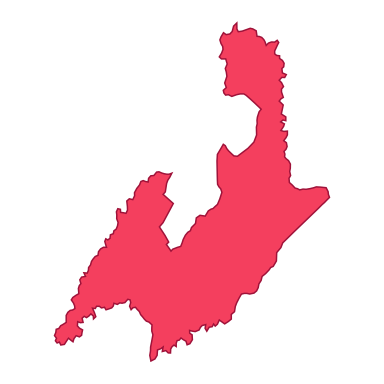 Marialva, Paraná, Brazil
{"feature_id": "56859067B62732144056511", "entity_name": "Marialva", "entity_type": "district", "adm_level": 2, "iso_a3": "BRA", "parent_name": "Brazil", "parent_adm1": "Paraná", "projection": "natural_earth1", "projection_center": [-51.888, -23.498], "detail": "fine", "context": "isolated", "style": "filled", "palette": "rose", "viewbox_px": 384, "rotation_deg": 0, "n_neighbors": 0, "source": "geoboundaries", "source_scale": "gbopen_adm2", "svg_char_len": 4755}
<svg xmlns="http://www.w3.org/2000/svg" viewBox="0 0 384 384"><path d="M223.5,32.7L221.0,36.9L219.9,39.9L221.0,43.5L222.7,46.5L223.0,49.4L221.6,53.1L219.3,56.9L221.4,58.9L225.7,58.9L227.2,64.0L225.3,68.5L226.3,72.1L226.9,76.3L224.7,83.0L226.3,87.6L223.3,90.3L223.9,93.0L225.6,95.1L228.4,94.7L231.8,96.4L236.6,94.7L240.2,93.9L243.8,93.9L246.0,95.2L249.9,98.6L254.8,103.1L261.2,109.2L259.1,111.8L257.4,117.1L257.0,120.2L257.2,123.8L256.4,127.1L256.6,135.0L255.5,137.9L253.9,142.1L248.0,148.3L237.4,156.3L233.9,155.9L231.6,153.8L228.5,150.8L226.7,148.5L225.3,145.7L223.3,144.3L220.9,148.5L219.0,151.7L217.4,154.4L217.0,160.9L217.3,176.2L217.4,180.3L217.6,184.4L219.0,186.9L220.7,188.8L221.9,192.3L219.8,198.9L217.5,204.4L214.8,206.8L213.1,208.5L210.9,209.2L208.3,210.9L205.2,216.1L200.0,215.3L196.3,217.9L195.5,223.5L191.5,227.5L190.4,230.7L187.8,232.3L185.4,235.2L183.2,239.5L182.1,243.0L180.7,246.4L177.3,247.4L172.7,249.2L171.0,251.1L168.8,247.8L166.4,244.5L168.7,242.1L164.9,235.3L159.4,226.9L163.0,222.7L173.3,203.5L163.1,194.4L165.3,191.9L165.8,188.7L166.6,183.5L167.8,180.2L169.8,177.2L171.8,173.2L169.1,174.2L166.8,174.2L164.4,173.8L161.7,173.0L159.0,171.8L156.6,172.1L153.9,175.5L150.8,175.8L148.6,178.3L148.1,182.0L145.5,181.5L143.2,180.6L140.9,181.5L139.5,185.0L136.8,188.4L134.5,192.7L134.6,195.8L132.8,199.6L129.3,198.8L126.8,201.0L127.4,206.5L127.5,210.1L126.0,213.3L123.1,212.7L120.6,212.4L120.4,209.3L117.8,208.7L116.4,211.8L116.8,214.9L116.7,218.7L118.1,222.5L117.5,225.9L116.2,229.1L113.9,230.8L113.3,233.7L110.4,234.8L110.0,238.3L107.8,239.9L105.8,238.8L104.8,241.4L105.5,244.0L106.5,247.3L103.4,247.3L100.6,248.9L98.5,251.7L98.0,255.3L95.2,256.5L93.1,259.0L91.5,261.4L90.5,265.0L88.6,267.5L88.4,270.4L87.2,273.1L83.9,272.8L85.5,276.4L81.6,277.1L79.8,279.8L80.9,283.6L79.3,285.6L78.4,288.4L78.8,293.7L75.8,295.4L72.8,297.5L71.3,299.9L73.4,302.9L74.6,305.8L74.9,308.6L72.6,310.0L70.2,310.4L67.9,312.3L66.2,315.4L66.2,319.4L66.2,322.4L62.9,324.5L60.7,325.7L58.8,328.5L56.2,329.3L55.8,332.5L54.5,335.6L56.5,338.2L55.4,340.8L57.1,343.0L59.4,342.1L60.8,345.0L64.4,344.4L66.7,340.8L68.5,338.2L71.1,340.4L73.0,341.8L74.0,338.6L76.2,335.7L79.4,336.9L81.6,335.3L82.0,332.5L82.6,329.9L79.4,328.1L77.4,325.9L77.7,321.7L80.4,322.7L83.1,322.4L82.1,318.2L84.2,316.3L86.5,317.6L88.8,316.1L90.9,313.9L93.3,316.0L93.5,318.9L95.8,316.7L94.4,312.6L92.5,308.2L95.3,308.5L96.5,306.3L99.4,306.3L101.4,307.9L104.5,307.3L106.0,309.8L108.5,309.0L111.7,307.9L113.3,306.0L113.9,303.3L117.4,304.4L119.7,302.9L122.1,303.2L124.9,302.6L127.8,299.3L130.1,299.9L130.7,302.7L129.6,306.2L131.1,309.7L133.0,307.7L135.5,307.3L137.1,309.3L139.3,311.5L140.7,314.7L142.7,317.0L144.4,319.2L146.3,321.1L149.0,322.1L152.0,324.9L151.8,328.0L151.8,331.1L152.9,334.8L151.7,341.4L150.6,347.0L150.5,350.9L149.8,355.4L150.9,361.0L154.9,359.0L157.1,355.4L157.5,349.9L160.7,348.8L163.1,347.0L162.3,351.5L165.9,350.6L168.2,352.9L170.5,353.0L170.7,349.0L172.1,346.6L174.0,345.1L176.2,346.5L176.2,343.2L177.1,340.6L179.3,340.1L181.0,338.0L183.5,339.8L186.0,341.2L187.1,344.8L189.9,343.7L192.4,339.7L192.1,334.8L189.7,333.2L189.6,330.4L192.0,331.1L195.2,331.6L199.1,330.0L200.4,327.4L202.2,325.5L205.7,324.6L205.1,328.3L206.8,331.2L209.2,327.2L212.2,326.7L213.6,324.0L215.2,326.1L217.4,324.2L219.3,320.0L221.9,321.9L224.7,323.9L228.4,321.5L231.3,319.1L231.3,314.4L234.5,311.7L235.3,306.5L236.7,302.8L239.3,297.7L241.4,294.1L244.3,293.4L246.9,293.4L249.7,294.0L254.0,293.1L256.6,290.9L258.2,287.7L258.9,283.9L261.1,280.5L262.1,276.4L265.6,273.6L269.0,270.0L270.7,267.5L273.2,266.4L276.4,261.0L276.7,252.6L280.9,247.6L282.7,242.9L294.1,231.7L318.1,208.6L322.1,204.6L324.5,202.5L326.5,200.4L329.5,197.4L328.4,194.4L328.1,191.6L326.1,187.7L320.2,187.1L316.2,186.9L313.6,187.8L309.7,188.7L306.1,189.3L303.0,189.1L299.7,189.9L297.5,188.7L295.1,188.1L292.2,185.0L289.4,182.5L289.0,178.3L290.6,175.5L289.7,171.5L290.3,168.3L290.4,164.1L288.5,160.6L286.2,158.8L284.6,156.9L284.9,154.1L284.0,151.4L286.0,149.3L287.1,146.5L286.4,142.7L283.7,140.7L286.0,137.7L287.4,134.9L287.4,131.1L283.8,131.4L280.9,130.5L283.6,126.4L284.4,123.9L280.7,121.9L283.0,120.0L285.8,120.7L285.8,116.9L281.3,114.0L282.4,108.9L283.2,105.0L281.2,103.0L279.2,101.1L281.0,98.8L283.3,97.4L281.5,92.0L281.5,89.1L283.5,86.6L281.5,82.6L279.2,80.2L281.8,77.4L284.7,77.5L286.3,74.6L282.4,72.9L281.9,68.5L283.7,66.8L284.1,63.3L282.4,60.4L279.6,58.5L279.6,55.8L276.6,55.4L274.7,53.8L274.7,50.9L276.0,48.2L277.4,45.1L278.7,42.5L277.2,40.3L274.7,42.1L271.4,42.0L268.4,43.1L266.2,45.4L265.0,41.8L263.8,39.6L261.7,37.4L259.3,36.5L257.0,36.3L256.2,30.8L252.8,28.9L250.2,28.3L245.7,29.9L242.3,31.1L238.3,31.7L236.9,29.1L236.8,23.0L233.6,26.1L232.2,31.5L229.8,34.0L226.1,34.6L223.5,32.7Z" fill="#f43f5e" stroke="#9f1239" stroke-width="1.5"/></svg>